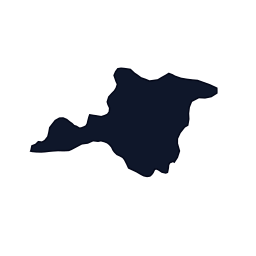 Beylagan District, Beyləqan, Azerbaijan, rotated 243°
{"feature_id": "54616110B20470092766685", "entity_name": "Beylagan District", "entity_type": "district", "adm_level": 2, "iso_a3": "AZE", "parent_name": "Azerbaijan", "parent_adm1": "Beyləqan", "projection": "equal_earth", "projection_center": [47.705, 39.846], "detail": "fine", "context": "isolated", "style": "filled", "palette": "ink", "viewbox_px": 256, "rotation_deg": 243, "n_neighbors": 0, "source": "geoboundaries", "source_scale": "gbopen_adm2", "svg_char_len": 1719}
<svg xmlns="http://www.w3.org/2000/svg" viewBox="0 0 256 256"><g transform="rotate(243 128 128)"><path d="M151.6,30.8L150.6,32.0L148.4,35.5L146.1,39.7L144.6,43.2L142.9,47.8L141.5,51.2L139.7,55.4L137.7,59.1L136.2,62.1L134.9,65.1L134.7,67.8L134.9,79.6L132.9,85.3L132.6,91.1L129.8,95.3L129.0,98.1L126.6,100.8L124.2,102.9L121.7,104.0L118.5,104.8L114.9,104.7L112.6,105.1L109.4,106.2L106.9,108.2L104.2,110.0L101.4,110.6L96.4,110.6L92.1,110.4L89.9,112.1L87.1,114.3L85.0,115.9L81.7,118.0L80.5,118.8L78.2,120.5L76.2,123.0L75.3,125.7L75.8,127.8L76.9,130.0L79.2,133.0L78.5,135.0L76.6,136.4L73.3,138.2L70.8,141.2L70.6,143.0L72.3,144.4L74.3,145.9L76.6,147.3L78.1,149.3L77.8,153.0L76.6,153.7L79.4,158.6L84.2,163.4L91.8,164.9L96.2,167.2L100.2,172.3L103.2,178.8L103.4,182.5L108.4,186.2L113.6,188.5L118.8,192.0L122.9,196.7L123.0,204.9L119.9,210.3L118.2,216.4L118.8,223.0L120.7,224.0L123.2,225.2L129.1,220.6L138.8,211.5L141.6,207.0L144.7,202.4L148.2,197.7L152.9,193.2L155.2,191.7L158.1,189.1L157.8,186.1L157.6,180.5L157.3,176.5L158.8,172.1L160.1,168.4L163.5,165.5L166.8,162.3L171.4,160.0L173.8,158.6L179.1,156.7L180.9,154.2L182.7,151.6L184.4,148.9L185.4,145.8L183.8,142.6L181.2,139.5L174.9,138.6L171.8,138.5L168.9,135.6L167.2,132.8L166.0,129.2L164.4,125.0L160.7,121.4L158.0,120.9L154.2,120.8L150.9,118.7L149.5,116.0L149.6,113.0L150.2,109.3L151.1,108.1L153.4,105.0L155.0,102.7L157.1,99.9L155.5,98.2L152.7,95.7L150.3,93.7L148.9,91.5L148.9,89.5L149.2,86.4L149.9,84.6L153.0,82.7L154.6,81.0L157.4,80.1L160.0,78.7L163.4,77.2L166.4,74.7L167.9,71.4L167.7,66.6L165.7,62.3L163.9,58.5L159.8,55.4L156.6,52.6L154.6,48.2L154.4,45.0L156.5,41.9L155.3,38.2L155.7,34.3L152.1,31.4L151.6,30.8Z" fill="#0f172a" stroke="#020617" stroke-width="1.5"/></g></svg>